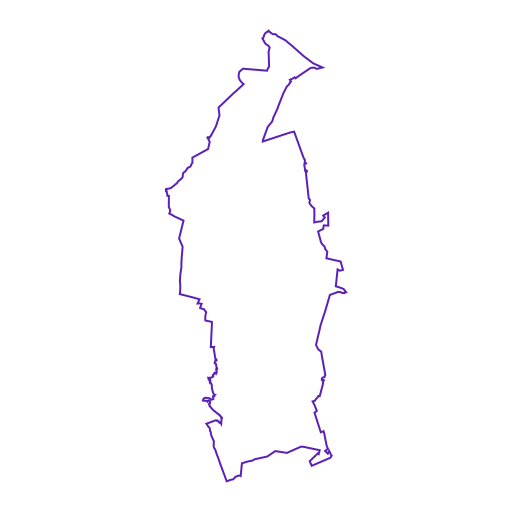 outline of El Marqués, Querétaro, Mexico
{"feature_id": "50627088B31267515785152", "entity_name": "El Marqués", "entity_type": "district", "adm_level": 2, "iso_a3": "MEX", "parent_name": "Mexico", "parent_adm1": "Querétaro", "projection": "equal_earth", "projection_center": [-100.296, 20.736], "detail": "fine", "context": "isolated", "style": "outline", "palette": "violet", "viewbox_px": 512, "rotation_deg": 0, "n_neighbors": 0, "source": "geoboundaries", "source_scale": "gbopen_adm2", "svg_char_len": 5914}
<svg xmlns="http://www.w3.org/2000/svg" viewBox="0 0 512 512"><path d="M281.3,38.1L277.8,36.3L276.7,35.4L276.0,34.5L275.1,34.1L273.2,34.2L271.5,33.4L268.4,30.7L267.6,31.9L266.4,32.2L265.5,33.0L264.5,34.3L264.0,35.7L263.4,37.6L262.4,38.4L265.4,43.7L268.6,46.0L269.7,47.6L268.6,51.5L269.0,63.9L269.1,66.6L268.7,67.0L268.5,67.6L267.7,68.9L267.1,70.7L243.0,68.7L239.5,71.6L238.9,73.5L238.6,75.9L238.8,77.7L239.8,80.0L241.6,82.3L243.6,84.1L242.9,84.7L242.3,85.4L232.5,94.2L218.5,107.6L219.5,115.5L217.9,120.2L217.3,122.4L215.8,126.6L211.0,135.6L210.9,135.5L209.6,137.5L209.6,137.4L209.1,137.2L208.5,137.4L208.3,137.3L208.0,137.6L207.6,137.3L207.4,137.5L209.7,141.7L208.1,149.0L192.4,157.6L192.4,162.9L191.6,163.8L190.8,165.9L190.2,166.7L187.7,167.9L187.2,168.5L186.9,169.0L186.7,169.3L186.7,169.5L186.2,170.2L184.9,171.8L183.5,172.6L182.9,174.0L182.7,176.6L182.3,177.8L178.1,181.4L177.1,183.0L174.2,185.4L170.8,188.1L167.9,188.8L166.5,188.9L166.6,189.4L166.8,189.5L166.6,189.9L165.9,189.9L166.0,191.0L166.3,191.0L166.4,191.6L166.8,192.0L166.7,192.2L166.8,192.7L167.3,194.1L167.4,195.0L167.3,195.7L168.9,196.0L168.8,206.7L170.3,210.7L169.3,213.6L172.7,215.2L173.6,216.0L183.5,220.6L179.1,238.5L182.6,246.7L181.5,260.2L181.6,260.3L181.4,262.4L181.4,267.3L180.3,274.7L179.9,281.5L180.3,285.4L180.1,292.4L179.8,293.4L179.8,294.1L194.0,297.7L199.5,299.3L197.6,303.5L197.8,303.5L199.3,303.4L201.6,303.8L200.1,308.0L202.3,308.8L203.8,309.1L206.2,312.2L205.7,314.0L205.3,316.7L205.2,317.7L205.4,320.5L211.9,321.9L211.9,324.4L210.8,347.1L214.1,346.9L213.9,348.0L213.7,348.9L213.9,350.3L214.1,350.9L215.6,360.3L216.2,360.2L216.4,360.0L216.5,360.6L216.0,360.8L215.2,361.1L215.1,361.6L214.8,362.0L214.8,362.3L214.7,363.4L215.3,363.5L215.6,363.7L215.9,363.9L216.1,364.3L216.3,364.8L216.2,365.9L216.3,366.7L216.6,367.3L217.1,368.1L217.2,368.9L216.1,369.2L216.1,369.3L216.3,369.3L216.8,372.2L216.1,373.6L215.6,372.7L215.0,372.6L214.8,372.6L214.4,372.9L214.3,373.2L214.0,373.8L214.0,374.1L213.7,374.6L213.5,374.8L213.3,374.7L212.9,375.1L213.0,375.4L212.9,375.9L213.0,376.1L213.1,376.3L212.6,376.5L212.6,376.9L212.3,377.2L212.0,377.4L211.3,377.5L210.8,377.8L210.2,377.8L210.1,378.0L209.9,378.1L209.7,377.9L209.6,378.0L209.3,377.9L209.0,377.9L208.7,378.0L208.3,377.9L208.6,379.4L209.9,379.2L210.0,379.9L210.2,380.3L209.9,380.3L210.1,380.6L209.6,380.7L210.0,382.0L209.8,382.1L209.9,382.4L210.0,382.8L210.2,382.7L210.4,383.1L210.8,383.0L211.1,383.4L211.8,385.0L211.9,386.1L211.8,386.5L211.8,387.0L211.9,388.3L212.9,392.2L213.6,393.9L214.1,394.4L214.6,394.6L214.4,394.7L214.4,394.8L214.5,394.9L214.5,395.3L214.4,395.5L214.5,395.9L212.2,396.5L212.6,396.6L212.9,396.9L213.1,397.2L213.3,397.6L213.4,398.3L213.3,398.8L213.3,399.1L213.0,399.3L211.4,399.7L211.1,399.6L210.6,399.0L210.3,398.7L209.7,398.4L209.2,398.2L208.0,398.2L205.9,397.7L205.2,397.8L204.3,398.2L203.6,398.8L203.2,399.6L202.9,400.4L202.9,400.6L207.0,400.9L207.6,401.7L208.1,401.0L208.3,400.8L209.0,400.5L210.1,401.6L210.0,402.5L210.0,403.2L210.0,403.4L209.0,404.0L209.1,404.5L210.0,406.1L209.8,406.2L212.2,409.0L214.5,411.3L214.9,411.5L215.2,411.5L215.3,411.8L218.8,414.6L218.8,414.4L219.8,415.2L220.6,416.2L220.4,416.2L221.4,417.6L221.6,418.3L221.9,418.2L221.9,418.5L221.6,418.7L221.7,418.8L221.5,419.6L221.4,421.3L221.2,423.8L220.3,422.3L219.5,422.8L219.4,422.7L218.5,421.2L217.3,421.1L217.2,420.5L215.8,420.3L206.4,423.7L207.3,425.0L207.7,425.7L207.8,426.0L209.7,428.1L210.2,431.3L210.7,431.9L210.8,432.4L210.8,433.4L211.1,434.1L211.1,434.7L211.3,435.2L211.4,435.9L212.1,437.1L212.5,438.4L213.1,439.6L213.3,440.1L213.5,440.3L213.8,441.1L213.9,441.7L213.8,442.3L213.7,445.0L213.8,447.1L213.9,447.6L214.9,449.0L215.3,449.8L217.1,455.3L217.9,457.0L218.9,460.0L219.9,462.9L226.7,481.3L228.9,480.6L229.6,480.1L233.1,479.3L233.3,479.2L235.2,477.1L235.9,476.6L236.2,476.5L236.8,476.5L237.5,475.9L238.5,475.7L239.9,475.6L240.6,476.0L241.0,473.0L241.9,463.3L248.1,461.4L251.8,460.8L254.9,459.2L267.3,456.5L275.1,451.2L275.4,451.1L286.9,452.9L301.1,446.6L303.9,446.9L306.2,447.4L319.7,450.2L318.7,454.1L317.8,453.4L309.7,461.2L311.7,465.8L330.3,457.8L331.7,455.6L331.1,455.0L329.1,450.8L327.8,453.6L325.1,451.0L327.9,448.7L326.8,446.2L326.5,445.0L324.7,436.0L324.4,434.1L323.5,431.2L320.8,432.3L314.5,412.7L316.8,410.9L314.7,405.5L312.6,401.4L314.8,400.8L315.8,399.3L318.3,396.6L318.4,396.0L319.7,396.2L322.8,384.7L323.3,380.6L323.8,380.5L323.8,380.1L323.4,380.0L322.5,379.9L322.4,380.5L322.1,380.3L321.9,379.8L321.8,378.7L322.8,377.5L324.4,377.2L325.3,374.9L322.4,358.9L321.2,351.7L318.2,349.3L316.0,344.9L319.2,331.4L320.6,325.1L325.4,310.4L329.9,294.9L336.1,292.7L337.7,292.0L339.7,291.9L342.6,293.0L344.2,293.2L344.5,292.8L344.5,292.6L346.1,292.3L343.6,289.0L340.9,287.9L335.8,286.3L337.6,269.4L339.9,270.7L343.0,269.9L340.6,261.5L326.4,258.3L327.3,251.8L325.1,248.8L324.6,246.6L322.1,244.1L320.9,242.0L320.3,239.5L318.1,231.5L323.3,228.9L323.4,227.4L323.8,225.4L328.3,225.6L328.1,212.7L323.2,215.6L324.8,217.5L321.6,221.3L317.8,221.7L316.0,222.1L314.8,222.2L314.3,222.4L314.3,217.7L314.4,215.5L314.3,209.7L314.4,208.5L311.6,206.1L310.4,204.5L309.5,203.2L309.4,202.7L309.5,201.9L309.9,201.0L309.9,199.9L309.8,199.6L309.4,199.3L309.4,199.1L309.2,199.0L309.0,198.7L308.7,198.4L305.9,172.6L306.4,172.3L306.8,171.6L307.0,170.9L306.4,170.4L306.0,170.3L305.8,170.4L305.6,170.7L305.2,170.8L304.2,164.3L304.5,164.0L306.1,163.5L305.9,163.1L305.4,162.8L304.8,162.3L304.6,162.0L304.8,161.7L304.9,161.0L304.9,160.1L304.9,159.9L304.4,159.4L303.4,157.3L294.1,131.6L289.5,132.7L262.8,141.5L263.0,139.9L267.7,127.0L270.5,123.5L272.1,121.5L272.5,120.5L273.2,117.9L277.8,107.9L277.8,107.6L278.0,107.3L278.1,106.6L283.4,93.2L286.9,86.4L288.7,84.8L289.9,83.1L289.8,82.5L291.0,81.5L289.9,79.8L292.6,78.6L294.6,77.3L295.5,78.3L302.2,73.6L310.9,67.8L314.3,67.7L316.9,68.9L322.5,67.5L313.2,63.3L304.1,56.5L291.3,45.2L287.5,42.1L285.8,40.5L281.3,38.1Z" fill="none" stroke="#5b21b6" stroke-width="2"/></svg>